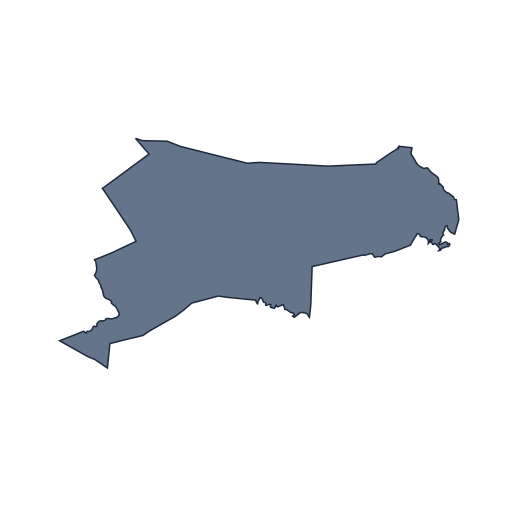 San Ildefonso Amatlán, Oaxaca, Mexico, rotated 117°
{"feature_id": "50627088B2691831673313", "entity_name": "San Ildefonso Amatlán", "entity_type": "district", "adm_level": 2, "iso_a3": "MEX", "parent_name": "Mexico", "parent_adm1": "Oaxaca", "projection": "orthographic", "projection_center": [-96.462, 16.295], "detail": "fine", "context": "isolated", "style": "filled", "palette": "slate", "viewbox_px": 512, "rotation_deg": 117, "n_neighbors": 0, "source": "geoboundaries", "source_scale": "gbopen_adm2", "svg_char_len": 4944}
<svg xmlns="http://www.w3.org/2000/svg" viewBox="0 0 512 512"><g transform="rotate(117 256 256)"><path d="M286.5,180.5L274.4,185.1L239.9,201.2L206.6,161.2L205.9,159.2L204.9,158.5L203.9,157.0L202.8,156.1L202.0,155.0L201.3,153.6L201.7,152.5L202.7,150.9L203.1,150.0L203.2,149.6L201.9,148.0L200.8,146.7L200.2,145.0L199.9,143.9L195.3,141.7L188.9,134.5L176.2,123.3L166.0,122.8L164.7,122.3L163.8,122.6L162.9,122.4L162.5,121.8L162.4,121.2L162.6,120.4L162.9,119.5L163.3,119.2L163.9,118.5L163.8,117.3L163.2,116.3L162.8,115.3L162.6,114.2L162.5,113.1L162.8,111.6L163.2,110.6L164.0,109.6L164.7,109.0L165.4,108.7L166.7,108.2L165.3,107.8L164.5,107.6L163.5,107.8L162.5,108.4L161.9,107.3L161.6,106.4L163.5,106.5L164.4,106.3L164.5,105.2L165.4,103.9L165.2,103.2L164.1,102.6L163.6,102.0L163.9,100.8L164.6,98.8L165.4,96.6L166.2,95.4L166.8,95.2L168.2,95.5L167.1,94.3L166.6,94.1L166.1,94.1L165.8,94.3L165.6,94.3L165.5,94.5L165.2,94.3L165.0,94.2L164.6,93.8L164.3,93.5L164.1,93.3L163.9,93.3L163.7,93.1L163.7,92.7L163.2,92.2L162.5,92.0L162.3,91.9L162.1,91.4L161.7,91.0L161.1,90.4L160.7,89.5L160.5,89.1L159.9,88.8L158.9,88.4L158.4,88.4L157.3,88.8L157.1,89.2L157.4,89.5L157.4,89.9L157.8,90.4L158.4,90.4L158.6,90.7L158.0,90.9L157.6,91.2L157.4,91.7L157.3,92.3L157.3,93.0L157.4,93.6L158.0,94.2L159.7,95.2L160.3,95.5L160.5,96.0L161.1,96.5L161.5,96.7L161.9,97.0L162.1,97.1L162.3,97.3L162.4,97.5L162.5,97.7L162.5,98.0L162.5,98.4L162.4,98.7L162.3,98.9L162.3,99.0L162.2,99.0L162.0,98.9L161.8,98.9L161.4,98.7L160.3,98.3L160.1,98.2L159.8,98.0L159.7,97.9L159.5,97.7L159.4,97.7L159.3,97.8L158.7,98.5L157.7,98.9L156.5,99.2L154.8,99.2L154.3,99.1L153.5,98.9L153.0,98.9L152.5,98.8L152.0,98.4L151.6,98.9L151.2,99.4L150.6,99.9L150.1,100.1L149.7,100.1L149.4,100.0L149.1,100.0L148.1,99.9L146.9,99.9L146.7,99.9L146.6,100.1L146.3,100.4L144.9,100.5L144.1,100.7L143.6,100.7L143.1,100.6L142.8,100.4L142.8,100.1L142.6,99.8L142.4,99.2L142.5,99.1L142.8,99.0L143.5,98.7L143.9,98.4L144.1,98.2L144.5,97.5L144.9,96.7L145.5,95.7L145.9,95.0L145.9,94.4L146.2,94.1L146.3,93.2L146.6,92.6L146.6,92.0L146.3,91.4L146.3,91.0L146.4,90.5L146.4,88.9L131.9,91.7L131.6,91.8L115.4,102.7L115.1,103.0L114.9,103.1L114.9,103.4L115.1,103.8L115.4,104.3L115.4,104.6L115.3,105.3L115.0,105.8L114.0,106.4L113.7,106.9L113.5,107.5L113.3,108.5L113.2,110.0L113.0,110.9L112.5,112.3L112.5,112.7L112.7,113.4L112.8,114.0L112.8,114.5L112.6,116.1L112.0,118.2L111.5,119.0L111.0,119.6L110.6,119.9L110.0,120.1L109.5,120.6L109.1,121.7L108.1,125.0L108.9,125.2L109.1,125.5L109.1,125.9L108.9,126.0L108.3,126.1L108.0,126.2L106.5,127.1L104.6,128.2L104.0,128.8L103.5,129.5L102.9,131.4L102.7,132.8L102.6,133.7L102.2,136.3L101.6,138.4L101.1,140.0L100.5,141.2L100.0,142.3L99.8,143.2L99.8,143.8L100.2,144.3L101.1,145.1L101.6,146.0L101.9,146.9L101.8,148.7L101.8,150.4L101.6,152.0L101.2,153.4L100.6,154.6L98.8,157.5L96.8,160.5L95.2,163.5L94.8,163.9L94.4,164.2L93.9,164.5L88.7,166.2L92.9,177.2L92.9,177.3L93.2,178.0L94.6,178.0L93.8,178.5L96.3,178.9L97.2,179.2L100.8,181.4L101.1,181.6L102.4,182.4L103.3,182.9L103.5,183.0L108.3,185.7L118.2,191.1L119.6,190.9L143.2,232.6L159.8,270.1L171.1,295.6L177.3,305.9L192.7,373.2L194.0,387.2L204.7,409.4L205.3,413.1L205.9,416.6L205.9,416.8L213.7,397.6L229.1,405.3L232.6,407.1L235.0,408.3L236.4,408.9L264.1,422.8L265.4,423.6L274.6,407.0L289.7,380.0L297.4,369.5L302.9,373.8L310.1,379.4L318.0,385.4L327.6,393.7L332.6,398.2L334.0,396.0L337.0,393.9L339.8,392.0L343.4,391.0L346.5,391.2L347.9,388.9L348.4,387.2L349.3,385.3L350.5,384.2L351.6,382.7L352.5,381.0L354.3,379.9L355.8,377.7L357.4,376.3L359.3,374.9L361.1,373.0L361.9,370.7L361.5,367.4L361.7,365.7L362.0,364.2L363.6,363.5L364.3,361.2L364.8,358.1L366.0,356.1L367.9,353.6L369.5,351.6L371.2,351.3L373.0,351.9L374.1,352.2L374.8,352.9L375.3,353.8L376.1,354.5L376.9,355.4L378.0,356.6L378.1,357.0L378.1,357.4L379.0,359.9L379.3,360.5L380.0,361.1L380.8,361.2L381.4,361.2L382.0,361.6L383.1,362.6L383.7,363.5L383.9,364.7L385.3,366.0L386.3,366.4L386.8,366.6L388.3,367.0L389.3,366.7L389.8,366.4L390.4,366.0L391.5,366.4L391.9,367.5L392.0,368.4L392.7,369.0L393.9,368.8L394.6,368.8L395.0,368.7L395.6,368.8L397.5,369.4L397.9,369.6L398.5,369.9L399.1,370.6L399.3,371.3L399.6,372.2L401.9,372.4L401.3,375.4L420.7,392.5L421.4,375.4L422.0,360.3L421.4,352.4L423.3,337.5L400.4,346.4L392.6,337.6L378.1,320.6L371.5,317.1L346.2,300.4L336.3,295.6L327.2,291.9L308.8,271.4L306.1,263.4L295.5,236.3L296.9,234.9L298.0,233.0L297.8,232.8L294.7,233.7L293.0,233.2L291.2,233.6L290.9,231.9L291.7,230.6L293.5,228.7L293.7,227.8L293.2,226.6L293.6,225.9L295.3,225.2L295.5,224.5L293.4,222.6L292.6,221.3L292.9,220.5L294.6,220.3L295.1,219.6L294.6,217.0L294.3,216.0L292.4,215.5L290.8,216.0L290.6,215.8L290.5,215.6L291.3,214.8L291.5,213.8L291.4,213.5L287.1,209.9L288.4,207.8L290.5,206.1L289.9,204.0L290.6,199.1L290.2,198.4L290.0,196.4L291.0,195.0L292.9,196.1L293.3,194.1L286.7,191.0L285.3,189.6L285.4,189.0L284.5,187.1L284.3,184.1L286.4,180.9L286.5,180.5Z" fill="#64748b" stroke="#1e293b" stroke-width="1.5"/></g></svg>